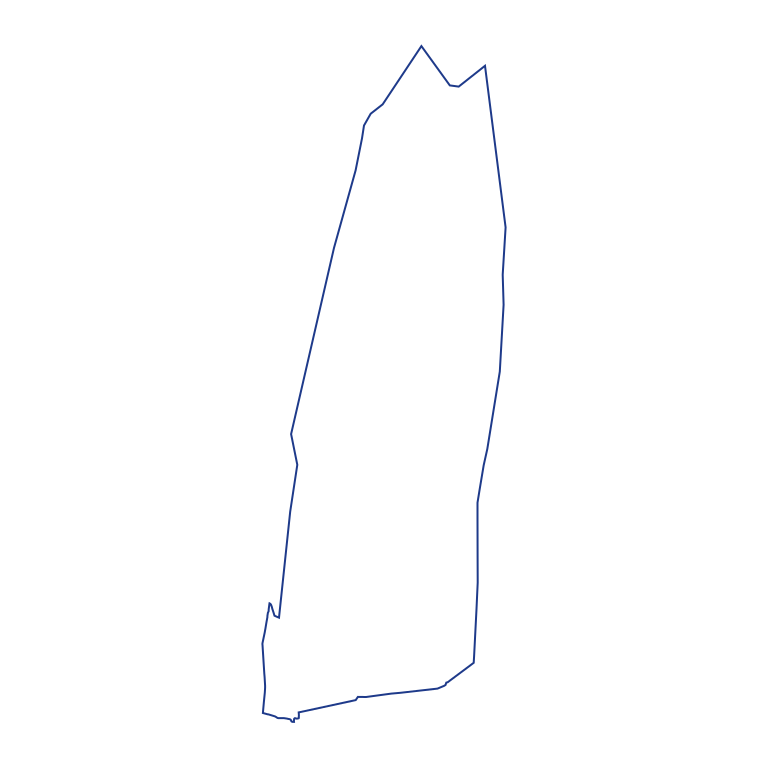 the district of San Andrés Huayápam, Oaxaca, Mexico
{"feature_id": "50627088B54075186818998", "entity_name": "San Andrés Huayápam", "entity_type": "district", "adm_level": 2, "iso_a3": "MEX", "parent_name": "Mexico", "parent_adm1": "Oaxaca", "projection": "natural_earth1", "projection_center": [-96.677, 17.131], "detail": "fine", "context": "isolated", "style": "outline", "palette": "blue", "viewbox_px": 768, "rotation_deg": 0, "n_neighbors": 0, "source": "geoboundaries", "source_scale": "gbopen_adm2", "svg_char_len": 1429}
<svg xmlns="http://www.w3.org/2000/svg" viewBox="0 0 768 768"><path d="M485.0,65.8L458.7,86.6L449.8,85.4L421.4,46.1L400.4,77.7L382.7,104.3L370.7,113.7L364.0,125.5L362.0,138.4L355.6,170.4L334.0,247.9L291.1,434.1L297.3,464.8L290.2,511.6L279.0,617.7L274.5,615.7L273.3,611.8L272.4,609.1L271.8,606.8L271.1,604.9L270.4,603.9L269.5,603.4L269.4,603.9L269.3,604.6L269.3,604.8L269.0,607.0L268.7,609.3L268.6,611.3L267.9,612.8L267.4,616.0L267.4,616.9L267.4,617.1L266.3,623.2L265.3,629.3L265.2,629.7L264.7,632.6L262.5,643.1L262.4,644.1L262.5,644.8L263.7,664.1L264.3,673.6L264.6,677.1L265.1,685.7L265.1,685.9L265.1,687.7L265.0,689.6L264.8,692.7L263.9,701.8L262.9,713.0L267.6,714.3L268.5,714.4L275.0,716.4L276.4,717.2L276.8,717.5L277.4,717.9L278.2,718.1L279.9,718.1L282.6,718.1L283.7,718.1L287.0,718.6L287.7,718.8L289.8,719.2L290.6,719.7L291.1,720.4L291.3,721.1L291.6,721.5L292.3,721.8L292.8,721.9L294.0,721.9L293.9,720.7L294.2,718.7L294.8,718.2L295.2,718.2L295.7,718.4L296.4,718.6L297.9,718.5L298.7,718.2L298.9,717.1L298.8,716.5L298.9,715.4L298.8,713.7L298.7,712.4L355.7,700.1L357.9,696.9L366.1,697.0L391.3,693.6L400.4,692.8L437.5,688.6L443.0,686.3L443.8,686.0L445.5,685.0L446.3,682.6L447.1,682.4L447.6,682.3L473.7,662.8L474.1,656.2L476.5,609.0L477.7,582.6L477.6,557.0L477.5,518.4L477.5,502.7L479.8,488.5L483.7,465.2L487.3,449.0L499.8,371.6L503.6,304.8L502.7,274.7L505.6,227.4L485.0,65.8Z" fill="none" stroke="#1e3a8a" stroke-width="2"/></svg>